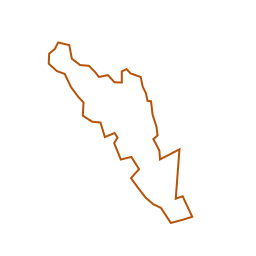 Uchkuprik, Ferghana, Uzbekistan (Robinson projection), rotated 330°
{"feature_id": "79887680B70026965799334", "entity_name": "Uchkuprik", "entity_type": "district", "adm_level": 2, "iso_a3": "UZB", "parent_name": "Uzbekistan", "parent_adm1": "Ferghana", "projection": "robinson", "projection_center": [71.019, 40.509], "detail": "fine", "context": "isolated", "style": "outline", "palette": "amber", "viewbox_px": 256, "rotation_deg": 330, "n_neighbors": 0, "source": "geoboundaries", "source_scale": "gbopen_adm2", "svg_char_len": 797}
<svg xmlns="http://www.w3.org/2000/svg" viewBox="0 0 256 256"><g transform="rotate(330 128 128)"><path d="M161.3,116.4L158.5,114.3L160.9,106.7L161.4,99.5L164.5,90.2L157.5,82.0L156.2,76.3L150.9,75.9L145.4,85.5L139.2,81.7L137.0,72.1L128.3,69.3L127.6,63.7L125.3,54.6L118.0,49.6L114.0,39.9L118.6,26.9L110.3,19.0L104.1,23.0L96.9,24.2L91.5,32.7L94.8,43.0L100.2,49.5L99.1,64.4L100.5,76.2L102.3,83.6L95.0,94.8L100.1,104.6L106.9,109.5L104.2,121.0L103.4,124.3L113.9,125.6L114.1,131.2L108.5,134.1L106.0,151.7L116.4,154.7L117.0,169.2L105.5,172.9L106.9,185.8L108.4,197.0L111.8,206.7L116.6,213.7L117.6,231.6L128.6,234.6L139.2,237.0L141.2,214.4L134.0,213.1L161.9,172.2L140.0,171.2L143.9,163.2L144.4,150.3L149.9,149.2L153.3,141.1L155.9,128.9L161.3,116.4Z" fill="none" stroke="#b45309" stroke-width="2"/></g></svg>